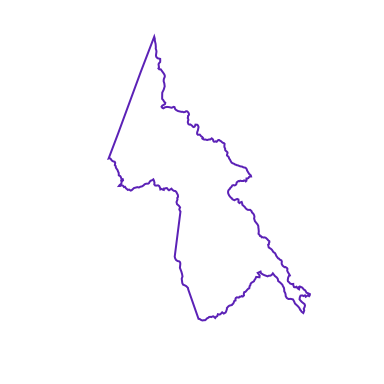 Curionópolis, Pará, Brazil (Natural Earth projection), rotated 155°
{"feature_id": "56859067B21950547487547", "entity_name": "Curionópolis", "entity_type": "district", "adm_level": 2, "iso_a3": "BRA", "parent_name": "Brazil", "parent_adm1": "Pará", "projection": "natural_earth1", "projection_center": [-49.678, -6.25], "detail": "fine", "context": "isolated", "style": "outline", "palette": "violet", "viewbox_px": 384, "rotation_deg": 155, "n_neighbors": 0, "source": "geoboundaries", "source_scale": "gbopen_adm2", "svg_char_len": 6006}
<svg xmlns="http://www.w3.org/2000/svg" viewBox="0 0 384 384"><g transform="rotate(155 192 192)"><path d="M160.6,348.7L187.6,322.6L234.2,276.3L253.4,257.6L252.3,257.4L251.7,256.4L251.5,255.0L251.0,253.7L250.2,252.8L249.3,252.1L249.3,250.8L250.6,249.0L250.2,247.7L250.7,246.2L250.2,243.1L250.4,241.9L250.3,240.5L251.3,238.0L250.3,236.7L250.2,235.4L250.4,233.6L249.3,232.9L249.6,231.7L250.6,231.4L251.4,231.9L251.6,230.9L252.1,229.9L253.1,229.2L254.6,228.9L255.7,228.3L254.6,227.8L253.2,227.9L252.2,227.3L251.7,226.3L251.6,225.2L250.5,225.0L250.3,223.2L249.7,222.1L249.3,221.0L248.0,220.8L247.0,219.2L246.0,219.1L242.9,220.1L239.5,219.5L238.2,218.5L236.5,218.6L235.0,218.2L233.0,218.5L231.8,219.0L230.7,219.0L229.5,218.7L228.3,218.1L227.3,218.2L225.8,219.3L224.5,219.7L223.4,219.5L221.7,219.8L221.7,218.3L222.1,216.2L223.0,214.8L222.6,213.4L221.2,212.7L220.0,212.4L219.2,211.2L219.2,209.3L219.6,207.7L218.1,207.6L217.6,206.6L216.7,205.8L215.9,207.0L214.8,206.5L213.8,206.5L213.0,206.0L212.7,204.4L212.1,203.3L209.2,203.7L208.8,202.1L207.9,200.7L206.7,199.9L206.2,198.6L206.1,195.2L206.7,193.5L207.9,192.8L208.3,191.4L210.3,189.4L210.7,187.3L209.7,185.1L209.3,183.1L210.8,181.7L210.9,180.3L210.7,179.2L235.0,140.7L235.3,139.0L235.2,137.2L234.3,135.6L232.8,134.4L232.5,133.3L232.9,131.9L235.0,128.4L235.3,124.2L235.7,121.8L236.3,119.5L238.0,117.7L239.3,113.5L239.2,111.7L238.1,110.6L237.0,109.1L236.2,106.8L236.6,105.2L239.7,74.3L238.7,73.7L238.3,72.8L237.5,71.8L236.7,71.1L235.4,70.8L234.3,70.3L233.3,70.5L232.1,71.0L231.3,71.2L230.3,71.1L229.3,71.5L228.1,71.1L227.4,70.5L225.9,70.5L225.1,70.2L224.2,68.0L222.8,68.8L221.6,68.8L220.2,70.3L219.5,69.7L218.6,69.2L217.2,69.5L215.5,70.2L214.6,68.4L212.5,68.6L211.5,69.4L209.8,71.2L209.4,72.1L207.3,73.0L206.1,73.2L203.6,72.7L202.9,73.2L201.8,73.4L199.6,75.4L198.4,75.3L197.9,76.6L197.1,77.4L195.9,77.6L194.2,76.5L193.1,77.0L192.1,76.5L190.9,76.7L190.2,75.8L188.6,76.3L188.3,77.4L187.7,78.4L186.9,79.2L185.8,78.9L182.7,80.3L181.6,80.6L180.8,80.5L179.5,82.4L178.6,82.8L177.7,84.0L176.5,84.6L173.6,84.9L172.6,85.8L171.3,86.5L169.7,87.9L166.9,86.2L166.0,87.6L166.2,88.9L166.6,90.9L163.5,90.9L163.8,89.3L162.8,87.6L161.7,86.2L159.1,83.6L157.9,83.7L156.2,83.0L154.5,83.3L153.1,84.1L152.4,80.9L151.3,78.7L151.0,77.1L151.5,74.8L150.5,73.0L149.3,69.8L149.4,68.6L149.2,66.3L149.6,64.8L150.4,62.8L150.2,61.6L150.4,59.9L151.1,57.9L150.9,56.0L150.4,55.1L149.7,54.2L147.8,53.5L145.9,52.0L145.7,49.9L145.8,47.4L144.3,43.7L143.8,41.9L143.7,40.8L143.8,39.6L143.4,38.6L143.3,37.3L142.3,35.3L141.6,35.9L140.3,37.3L140.1,38.9L138.4,40.3L137.5,41.5L137.4,42.9L138.9,45.8L139.6,47.9L139.9,49.3L138.7,51.1L137.4,52.2L135.8,51.7L135.0,50.6L133.3,50.6L133.2,49.0L130.7,49.4L129.9,48.1L129.1,48.5L128.3,49.6L129.5,51.1L130.8,52.3L130.8,53.4L131.0,55.1L131.8,56.2L132.5,58.8L134.2,60.8L135.3,60.7L135.3,59.6L136.1,58.6L137.0,60.1L137.4,62.0L138.8,62.0L139.7,62.7L139.6,64.7L139.1,65.9L140.6,66.4L141.8,67.7L142.1,69.0L142.8,70.5L142.4,71.8L141.0,73.8L139.5,75.1L138.6,75.0L138.6,76.0L138.9,78.2L139.0,79.8L138.8,80.9L138.0,81.9L138.0,82.8L139.0,84.5L139.9,84.7L141.0,86.9L141.1,88.8L140.8,89.7L140.0,90.9L139.9,92.3L141.1,93.7L141.3,94.8L142.0,95.5L142.6,98.5L142.5,100.3L142.7,101.8L143.6,103.1L144.0,105.9L144.5,107.1L145.9,109.3L145.3,112.0L144.4,112.2L143.9,113.2L143.0,113.9L142.7,114.8L143.3,115.8L143.6,117.1L144.5,119.3L145.4,120.2L146.3,120.4L147.2,121.3L148.0,121.5L148.0,122.6L149.0,123.5L148.9,124.7L149.4,126.0L148.2,127.9L147.2,130.6L146.9,131.7L146.3,133.1L146.3,134.8L147.3,139.0L146.9,141.8L145.9,143.1L145.5,144.7L145.6,146.5L146.3,148.1L146.1,149.3L146.8,151.2L148.9,152.2L149.6,153.1L150.2,154.4L150.5,156.1L151.8,159.2L151.4,160.2L151.2,162.0L152.3,162.1L153.7,161.9L154.2,163.3L153.5,164.4L153.1,165.6L154.0,166.6L156.0,166.7L157.0,166.6L158.5,168.4L158.6,169.6L159.2,170.6L159.8,173.1L159.8,175.3L159.4,176.6L158.8,177.6L158.1,178.2L157.1,178.7L156.2,178.9L155.5,179.6L154.4,179.8L152.7,180.9L151.5,180.7L150.7,180.0L149.8,179.9L148.7,180.2L147.4,181.8L145.3,182.3L144.4,181.7L143.5,181.9L142.6,181.1L140.7,180.2L139.9,180.5L139.1,179.9L138.8,178.9L137.9,179.2L136.9,181.2L136.0,180.8L135.0,180.8L133.9,181.5L132.9,181.5L131.9,181.1L131.7,182.2L132.6,184.4L133.0,188.3L132.8,189.3L132.9,190.3L133.3,191.4L135.1,192.7L135.7,193.7L137.6,195.0L139.2,196.8L139.9,197.2L140.5,198.0L141.3,198.6L141.8,199.6L143.1,201.0L143.7,201.9L143.9,203.9L143.9,205.3L144.2,206.6L144.0,207.8L144.1,208.8L144.6,209.5L144.8,210.5L144.3,211.3L143.6,211.9L143.1,212.9L143.4,213.9L144.0,215.1L144.2,216.1L143.6,217.4L143.7,218.7L143.3,219.9L142.1,221.9L142.5,223.0L143.3,223.6L143.8,224.6L144.2,225.7L144.9,226.6L145.4,227.6L146.2,228.0L148.4,227.1L149.0,227.9L150.0,227.9L150.9,228.4L151.1,229.4L150.8,230.4L151.0,231.4L151.5,232.3L152.5,232.0L153.4,231.9L154.2,232.4L156.3,232.7L157.8,234.0L158.7,234.3L159.5,235.1L160.0,236.0L159.2,236.4L159.5,237.6L160.1,238.5L160.7,240.7L162.5,241.4L162.8,242.5L162.3,243.6L161.5,244.6L160.7,245.3L158.6,248.1L158.5,249.4L158.7,250.6L159.6,251.2L160.4,251.6L161.2,250.7L162.1,250.1L163.0,250.1L163.6,250.8L163.8,251.8L164.9,253.9L165.8,254.1L166.5,254.9L166.5,256.0L166.3,257.1L165.5,258.2L164.8,258.8L164.6,260.0L164.6,260.9L163.9,261.6L163.5,262.6L162.6,262.9L161.8,263.8L161.7,265.1L161.9,266.1L162.3,267.1L163.2,267.7L164.5,267.5L165.8,267.8L166.7,268.7L167.7,269.1L170.5,271.3L171.7,273.0L172.2,274.2L172.0,276.4L172.8,277.0L174.0,276.9L174.9,277.0L176.9,278.6L178.7,279.7L180.7,280.2L182.5,279.9L183.2,280.5L183.6,282.1L182.5,282.8L179.4,283.1L178.5,284.1L179.1,285.7L179.2,287.4L179.7,289.0L178.9,290.7L177.0,294.6L174.3,296.8L172.1,299.3L171.2,302.1L170.9,304.3L170.3,305.5L169.5,306.6L168.0,307.9L167.5,309.0L167.4,310.2L167.6,311.7L168.5,316.4L169.8,317.0L170.2,318.2L169.3,318.8L168.3,322.0L167.0,322.9L166.0,323.2L165.3,324.4L164.6,326.1L166.7,327.8L167.3,329.7L166.9,331.1L164.9,334.2L164.5,335.5L164.3,337.2L163.5,338.7L162.4,341.6L161.9,344.1L161.5,345.5L161.0,346.5L160.6,348.7Z" fill="none" stroke="#5b21b6" stroke-width="2"/></g></svg>